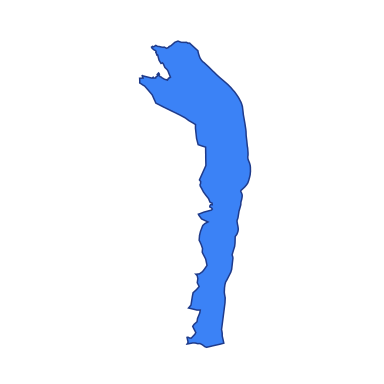 Drobeta-Turnu Severin, Romania, rotated 234°
{"feature_id": "2599482B41880521076659", "entity_name": "Drobeta-Turnu Severin", "entity_type": "district", "adm_level": 2, "iso_a3": "ROU", "parent_name": "Romania", "parent_adm1": "", "projection": "equal_earth", "projection_center": [22.617, 44.673], "detail": "fine", "context": "isolated", "style": "filled", "palette": "blue", "viewbox_px": 384, "rotation_deg": 234, "n_neighbors": 0, "source": "geoboundaries", "source_scale": "gbopen_adm2", "svg_char_len": 4984}
<svg xmlns="http://www.w3.org/2000/svg" viewBox="0 0 384 384"><g transform="rotate(234 192 192)"><path d="M51.0,128.9L57.7,131.8L60.0,133.4L61.9,134.4L63.3,135.0L82.9,153.5L86.8,156.6L90.3,158.3L91.9,159.2L95.4,162.0L97.7,164.2L99.4,166.3L100.3,168.4L104.3,176.2L106.1,178.6L114.5,186.3L115.7,186.9L117.6,187.5L120.3,191.0L122.9,194.5L125.3,196.7L130.6,200.8L131.3,203.2L132.2,204.7L133.2,206.1L134.4,207.3L135.4,208.0L137.3,209.0L139.3,209.9L140.7,210.6L142.0,211.3L142.9,212.2L143.3,212.9L143.8,213.6L144.2,214.1L145.3,215.2L146.8,216.7L148.9,218.8L150.6,221.0L153.0,224.0L154.2,224.9L155.3,225.9L155.6,226.3L156.6,227.6L158.0,229.1L159.3,230.3L160.2,230.9L161.7,231.4L162.7,231.6L163.9,231.8L164.2,232.1L164.5,232.7L164.8,235.3L165.1,237.7L165.8,240.6L166.6,242.6L168.2,244.9L169.1,246.0L170.2,247.4L171.7,249.1L174.3,251.4L177.7,253.8L179.3,254.7L181.7,255.6L184.2,256.2L185.9,256.7L186.9,257.3L187.7,257.8L188.9,259.0L190.7,260.3L194.9,262.9L196.6,263.7L200.7,266.1L206.0,269.1L209.1,271.2L211.0,272.3L216.0,274.9L221.1,277.4L224.4,279.0L227.0,280.5L231.5,283.0L233.7,283.8L235.8,284.4L237.9,284.7L239.8,285.0L241.8,285.2L245.2,285.3L248.1,285.3L250.8,285.0L253.9,284.8L254.9,284.6L257.7,284.2L260.0,283.7L268.3,281.7L272.6,280.8L275.8,280.3L277.6,279.9L282.8,279.1L284.9,278.7L287.9,278.1L289.5,277.8L291.0,277.3L292.0,277.2L292.7,277.1L293.8,277.1L294.8,277.2L295.4,277.2L297.1,277.6L298.4,278.0L300.1,278.6L301.4,279.1L302.8,279.8L312.1,277.9L313.0,277.7L313.3,277.7L313.5,277.7L313.8,277.6L314.0,277.4L314.1,277.1L314.3,276.9L314.6,276.6L314.8,276.4L314.9,276.2L315.0,276.0L315.1,275.9L315.4,275.9L315.5,275.9L315.8,275.8L316.1,275.7L316.5,275.3L316.6,275.2L316.7,274.9L316.8,274.8L317.5,273.8L319.1,271.7L319.5,271.2L322.3,269.4L322.4,269.2L323.2,266.1L322.7,260.7L323.0,259.8L323.1,259.1L323.1,258.6L322.7,258.2L323.2,255.9L324.0,255.5L324.4,255.3L324.8,255.1L325.7,254.6L325.9,253.8L326.8,252.9L327.2,252.5L327.3,252.4L329.1,250.9L329.7,250.1L330.0,249.8L330.3,249.6L331.9,248.9L331.9,248.0L332.0,246.4L332.9,245.6L333.0,245.6L333.0,245.0L333.0,244.4L332.2,244.3L331.7,244.2L330.9,244.4L329.0,244.9L328.4,245.3L327.8,245.6L327.7,245.6L327.2,245.6L326.8,245.6L326.4,244.9L326.1,244.7L325.8,244.9L325.4,244.9L324.9,244.5L323.4,244.1L323.3,244.8L323.0,244.8L322.8,244.7L319.8,243.5L317.9,242.8L314.2,242.5L314.0,243.4L313.8,243.9L313.8,244.0L313.4,244.0L312.4,244.1L308.9,243.3L307.9,243.4L306.4,243.7L304.9,243.8L303.2,243.5L301.9,243.1L298.9,242.4L298.3,242.3L297.5,242.1L297.5,241.1L297.8,241.1L297.8,239.5L297.2,238.7L296.9,237.8L297.2,237.6L297.3,237.7L297.5,237.9L297.9,237.3L298.0,237.2L298.7,236.5L299.6,235.9L300.8,235.4L302.1,234.8L303.0,234.7L304.0,234.0L304.6,234.0L306.2,233.8L306.3,234.5L306.6,234.4L306.6,234.7L307.0,234.7L307.3,234.6L307.4,235.0L308.0,234.9L307.5,232.8L306.1,232.6L306.1,232.4L306.1,232.2L306.2,230.2L305.6,229.6L305.9,229.2L306.0,229.1L306.2,228.8L306.3,228.5L306.6,228.2L307.1,227.8L307.7,228.0L307.7,227.7L307.1,227.5L307.7,226.5L311.4,223.4L315.1,220.3L316.0,220.2L312.9,219.4L313.0,219.2L314.8,216.5L314.6,216.4L314.3,216.2L313.6,215.7L312.7,215.1L312.1,214.7L311.5,214.2L311.3,214.1L311.2,214.0L311.1,213.9L310.9,213.8L310.5,214.0L310.0,214.2L309.0,214.6L308.6,214.7L308.5,214.8L307.2,215.2L306.8,215.4L306.7,215.4L305.9,215.9L305.7,215.9L305.4,216.0L305.2,216.0L300.8,216.4L294.1,216.9L293.8,216.9L293.3,216.7L293.0,216.7L290.3,216.1L288.4,215.7L287.3,215.5L285.2,215.0L277.1,219.1L261.5,227.4L256.3,229.9L255.6,230.2L251.7,231.4L247.2,233.4L244.5,234.5L244.4,234.4L243.2,233.5L241.6,232.3L232.7,227.2L226.7,224.8L223.1,227.3L220.3,229.4L215.1,225.7L214.7,225.5L212.0,223.5L206.1,219.4L205.2,218.7L197.4,205.1L195.4,205.2L193.7,203.8L193.3,202.9L192.1,202.2L188.7,201.8L185.4,201.3L181.5,201.3L179.3,201.4L176.9,201.5L173.2,200.6L171.2,201.7L169.8,200.9L170.8,199.6L170.2,198.2L169.4,197.6L167.6,198.5L166.2,198.4L166.0,197.3L166.0,196.9L168.7,189.9L169.8,185.7L170.3,184.1L169.1,183.9L164.6,183.9L158.4,187.3L158.5,186.5L158.9,183.9L158.6,181.2L158.2,180.4L157.4,179.2L155.7,176.6L155.2,175.8L153.6,173.9L152.2,172.3L151.8,172.0L149.1,169.7L148.7,169.4L146.7,169.1L143.6,168.4L142.7,168.1L140.3,167.4L139.9,167.1L137.3,164.9L135.3,164.5L135.2,164.5L129.9,163.7L129.2,163.4L128.9,163.3L127.8,162.8L123.8,161.0L123.7,160.8L123.2,159.3L122.3,156.8L121.4,153.7L121.4,149.9L121.5,149.7L122.3,148.4L122.8,147.3L123.2,146.8L122.3,146.9L121.4,147.1L120.5,146.7L118.5,145.8L115.5,142.9L113.6,142.6L111.3,142.2L111.1,141.4L110.4,138.3L109.9,133.7L108.6,132.3L107.4,131.0L106.1,129.7L103.6,127.2L101.1,124.7L100.2,121.0L96.9,123.8L93.6,126.6L91.6,129.3L89.6,127.2L87.6,124.0L86.5,122.2L84.1,119.8L83.7,115.9L82.9,113.6L80.3,113.1L78.2,112.8L76.1,112.5L75.2,110.7L74.6,107.5L74.2,105.5L75.4,104.1L76.9,103.4L77.3,102.5L72.7,100.5L71.9,98.7L71.6,99.3L70.5,101.6L69.4,104.0L67.8,106.0L66.0,107.4L64.7,109.4L62.3,110.6L59.3,111.5L57.8,112.5L56.1,116.5L55.6,117.8L52.4,125.2L51.0,128.9Z" fill="#3b82f6" stroke="#1e3a8a" stroke-width="1.5"/></g></svg>